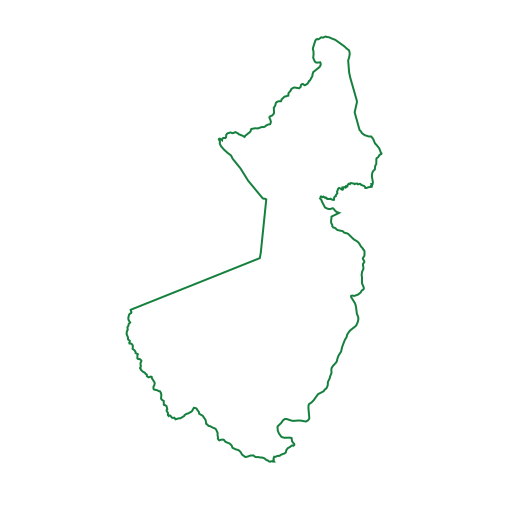 Pontes e Lacerda, Mato Grosso, Brazil (Mercator projection), rotated 351°
{"feature_id": "56859067B31933102266725", "entity_name": "Pontes e Lacerda", "entity_type": "district", "adm_level": 2, "iso_a3": "BRA", "parent_name": "Brazil", "parent_adm1": "Mato Grosso", "projection": "mercator", "projection_center": [-59.418, -15.43], "detail": "fine", "context": "isolated", "style": "outline", "palette": "green", "viewbox_px": 512, "rotation_deg": 351, "n_neighbors": 0, "source": "geoboundaries", "source_scale": "gbopen_adm2", "svg_char_len": 6113}
<svg xmlns="http://www.w3.org/2000/svg" viewBox="0 0 512 512"><g transform="rotate(351 256 256)"><path d="M271.3,129.8L270.7,130.4L270.5,131.3L269.9,132.3L264.3,135.5L263.3,136.6L261.3,134.9L259.8,134.2L258.9,133.4L258.1,133.2L257.5,132.2L255.0,130.4L253.5,130.9L252.0,131.0L250.0,130.0L247.6,130.3L246.5,130.7L245.6,131.7L244.9,134.1L244.2,134.7L242.0,134.3L240.8,135.3L240.6,136.3L238.7,134.4L237.9,134.5L237.5,135.2L238.0,136.0L238.3,137.4L237.8,139.3L238.6,142.1L241.1,146.0L244.3,150.0L246.8,152.5L247.4,153.7L248.1,156.2L254.4,167.1L260.0,180.4L271.6,200.0L272.2,200.5L274.0,200.9L275.0,201.7L261.2,253.6L259.4,258.7L123.8,289.5L123.8,290.4L124.2,292.0L123.6,292.9L122.3,293.3L121.4,294.2L120.1,297.4L120.2,299.5L121.3,302.0L119.7,303.2L118.8,305.4L117.9,306.1L117.7,309.0L117.1,309.5L116.5,310.7L116.0,312.9L116.8,316.4L116.6,318.3L118.1,320.0L117.8,321.1L117.2,321.9L117.4,322.7L118.5,322.8L119.4,323.3L120.2,324.8L120.3,325.8L119.6,328.4L121.3,330.2L122.0,332.0L121.9,333.0L123.9,334.5L123.4,335.4L122.8,338.6L123.5,339.4L125.1,339.6L126.4,341.3L126.1,342.4L125.3,343.3L124.9,345.5L125.1,346.6L124.8,347.5L124.1,348.1L123.9,349.0L124.5,349.5L124.7,350.7L126.4,352.8L127.9,353.8L128.3,354.8L129.6,356.1L129.4,357.5L130.0,358.2L130.8,359.0L132.2,358.9L133.2,358.6L134.1,359.2L134.0,360.4L136.0,364.9L136.0,366.0L135.3,367.9L134.4,368.8L134.1,369.9L134.0,371.2L134.5,372.0L137.3,373.1L139.0,374.3L139.9,374.5L140.6,376.2L140.8,378.2L139.9,382.1L140.9,383.7L142.2,384.7L141.7,388.3L142.1,389.0L142.8,389.0L144.1,390.2L144.4,393.4L143.7,394.0L143.5,395.0L144.5,397.2L144.1,399.3L144.7,400.4L145.7,399.9L146.4,400.3L147.6,402.4L148.4,402.9L150.1,403.0L150.9,404.7L154.2,404.3L156.1,404.4L160.0,402.8L160.6,402.0L161.3,401.6L163.3,400.9L164.3,400.9L167.7,399.7L168.5,399.2L170.9,396.2L172.8,396.9L173.5,397.6L173.9,398.8L175.1,400.9L175.2,402.9L178.4,405.5L180.5,410.0L180.7,412.5L180.5,413.6L180.8,414.4L181.6,414.8L182.5,416.4L184.3,417.0L185.6,418.2L188.7,420.1L189.4,421.1L190.4,424.7L190.0,427.0L190.1,429.5L189.8,430.3L190.2,431.6L191.0,432.4L192.6,432.0L194.9,432.2L195.8,432.9L196.4,434.3L197.3,435.1L200.6,437.1L201.9,438.7L202.4,439.7L202.8,441.8L206.1,444.0L208.3,444.9L210.2,447.3L211.1,449.9L214.0,452.9L216.4,452.8L219.2,452.2L222.3,452.6L223.6,454.1L224.7,454.7L226.6,454.9L229.4,455.9L230.6,456.0L232.6,457.1L234.5,459.3L235.6,459.7L236.9,461.1L238.0,461.4L239.0,461.1L240.9,461.8L241.8,461.9L241.2,460.2L241.8,459.5L241.7,458.6L242.6,457.1L243.7,457.4L246.0,456.8L248.1,457.1L249.2,456.3L253.5,455.4L254.7,454.7L255.6,452.5L257.3,450.8L259.8,449.9L261.5,448.9L262.3,448.8L263.1,449.3L264.2,448.7L264.4,447.8L262.7,444.8L262.6,441.3L261.0,440.7L255.7,440.0L253.4,439.0L252.6,438.3L250.8,434.6L250.2,431.9L250.5,428.2L250.9,427.5L254.7,424.9L256.9,422.6L258.7,421.6L259.7,421.6L261.2,422.0L265.2,424.1L267.0,424.7L271.9,425.1L274.6,425.6L279.4,427.3L281.4,426.6L283.0,425.2L283.3,424.3L284.0,414.1L284.7,411.3L285.3,410.5L287.8,409.4L290.5,407.4L295.6,402.2L301.0,400.4L301.9,399.9L303.0,398.7L304.7,397.8L305.3,397.1L306.6,395.0L307.2,392.1L307.7,391.1L309.6,388.4L310.5,386.3L312.3,383.3L312.6,380.1L313.2,378.4L314.8,376.6L318.4,373.8L319.4,372.5L320.7,369.4L322.0,367.2L325.1,363.7L326.8,359.4L330.6,352.8L332.7,350.4L333.7,348.0L335.8,345.6L337.4,344.2L343.5,340.8L344.3,340.0L346.2,337.1L347.2,334.4L347.4,332.4L346.6,328.8L346.8,322.5L346.7,319.9L346.2,317.8L343.5,311.4L343.7,310.3L344.7,310.1L346.9,310.8L350.9,310.0L353.8,308.3L355.1,306.6L356.8,305.9L357.4,305.0L357.5,303.9L356.4,299.4L357.4,293.4L357.3,291.4L358.4,288.0L360.0,285.7L360.3,283.9L360.2,281.9L360.4,280.6L362.0,279.0L362.1,277.9L361.2,275.9L361.2,274.8L363.1,272.8L363.9,268.6L363.6,267.1L362.9,266.5L362.8,265.5L361.2,263.1L359.8,259.6L359.2,258.6L357.9,257.1L355.2,254.9L350.6,248.7L349.9,248.1L346.7,246.7L345.5,245.0L340.5,243.1L338.3,240.5L336.8,240.0L336.0,238.5L336.2,237.3L335.5,235.3L335.6,233.1L336.5,230.2L336.7,228.9L344.8,226.4L342.4,225.0L341.2,223.6L339.9,221.4L339.3,220.8L336.9,221.2L335.4,221.0L333.9,220.4L331.7,218.8L329.5,212.1L329.5,211.2L328.3,209.2L328.9,208.6L329.0,207.8L329.6,207.3L331.1,208.3L331.9,207.9L333.5,209.5L334.1,209.1L334.9,209.8L335.2,210.8L337.9,211.3L338.7,211.1L339.4,211.9L341.1,212.7L341.8,212.7L342.4,210.3L343.1,209.7L344.2,209.4L344.4,208.4L346.2,206.7L346.0,205.4L347.7,202.4L348.6,201.8L350.1,202.7L350.8,203.6L351.9,204.1L352.6,203.4L352.0,202.7L352.0,201.8L354.6,201.8L355.2,202.5L356.0,202.1L356.0,201.1L357.2,201.4L357.5,200.4L358.8,199.2L360.0,199.7L360.3,199.0L361.1,198.8L364.0,199.8L364.6,200.5L365.3,200.1L366.1,200.3L367.2,200.2L367.9,201.2L369.7,200.9L370.5,201.3L370.8,202.1L373.8,203.8L374.5,204.8L374.6,205.9L375.8,206.1L377.7,205.7L380.9,205.7L380.7,204.6L381.6,204.7L381.8,203.7L381.4,203.0L382.5,203.0L383.0,201.2L382.9,195.5L383.7,192.4L384.9,190.5L386.9,189.1L387.8,185.7L389.2,183.9L390.1,178.8L390.6,178.2L392.1,177.5L393.9,175.4L395.6,175.0L396.0,174.4L395.4,173.1L394.6,169.0L392.0,164.5L391.2,163.6L390.1,159.0L389.0,156.8L388.3,155.9L386.1,155.6L382.2,153.6L379.7,151.1L379.3,149.6L378.0,147.8L375.9,129.5L379.8,119.8L379.9,118.5L377.0,94.7L376.7,89.2L377.6,77.3L378.9,74.8L380.2,71.1L380.2,68.2L379.9,67.2L378.5,65.9L376.1,62.8L368.1,54.9L365.1,53.2L362.6,51.5L360.1,50.7L359.1,50.1L356.2,50.8L354.7,50.2L351.8,51.7L351.0,51.7L350.3,51.2L349.1,51.7L348.2,52.7L344.8,59.5L344.5,60.7L344.8,62.4L344.5,65.4L343.5,69.3L344.4,72.7L345.1,74.0L346.2,74.5L349.8,74.8L350.0,76.6L349.5,77.9L348.3,79.3L341.3,83.3L340.0,86.1L339.9,87.0L337.0,90.7L336.4,91.3L335.5,91.6L335.0,92.7L333.8,93.9L331.9,94.7L330.5,94.9L329.6,93.7L328.9,93.4L327.9,93.6L327.2,94.2L326.5,96.0L324.8,97.1L320.5,95.6L318.7,95.8L316.7,96.9L316.2,98.0L313.6,100.2L313.0,102.7L311.7,102.7L310.8,103.1L309.8,102.9L308.7,103.3L305.7,105.4L305.4,106.3L304.8,107.1L302.4,106.7L300.3,107.3L299.6,107.9L298.4,110.7L296.8,112.3L296.2,117.5L295.8,118.2L294.1,119.7L291.8,120.3L291.0,120.9L290.9,121.7L291.5,123.7L291.7,126.0L290.6,128.0L288.6,128.1L286.4,128.7L285.5,129.4L283.8,129.9L281.9,129.5L277.7,130.3L275.2,129.7L271.3,129.8Z" fill="none" stroke="#15803d" stroke-width="2"/></g></svg>